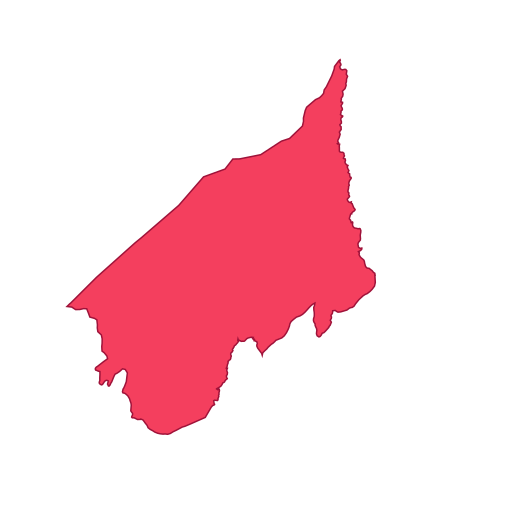 the district of Santa María Tepantlali, Oaxaca, Mexico, rotated 221°
{"feature_id": "50627088B72536990045476", "entity_name": "Santa María Tepantlali", "entity_type": "district", "adm_level": 2, "iso_a3": "MEX", "parent_name": "Mexico", "parent_adm1": "Oaxaca", "projection": "equal_earth", "projection_center": [-96.004, 16.943], "detail": "fine", "context": "isolated", "style": "filled", "palette": "rose", "viewbox_px": 512, "rotation_deg": 221, "n_neighbors": 0, "source": "geoboundaries", "source_scale": "gbopen_adm2", "svg_char_len": 6069}
<svg xmlns="http://www.w3.org/2000/svg" viewBox="0 0 512 512"><g transform="rotate(221 256 256)"><path d="M186.2,185.2L187.4,187.4L187.2,190.6L186.9,193.0L187.0,195.0L186.5,199.6L186.0,201.0L185.7,203.7L185.7,205.4L182.8,211.1L182.3,214.3L182.7,218.2L183.8,222.4L184.9,225.2L186.0,227.1L186.5,229.6L186.1,232.7L185.4,236.4L183.5,239.7L182.6,242.5L182.2,245.5L182.1,248.7L182.1,252.1L181.9,254.9L181.5,256.9L180.7,259.1L179.4,257.1L178.7,255.1L176.9,253.2L175.1,251.7L173.7,250.2L172.4,248.6L171.3,246.2L170.1,244.8L168.6,244.0L167.0,243.6L165.8,242.4L164.5,241.7L162.8,241.0L161.3,239.8L160.4,238.4L159.3,236.9L157.5,235.9L155.4,236.2L154.8,237.4L154.9,239.4L155.4,241.1L154.5,242.6L154.3,244.5L154.2,249.9L154.6,250.7L154.6,252.4L155.7,255.5L157.8,256.2L158.2,258.3L159.0,259.5L160.0,259.9L160.5,260.6L160.7,262.8L161.5,264.1L162.2,265.0L160.5,266.9L158.9,267.0L157.3,267.4L155.4,269.4L151.9,274.9L151.3,277.9L150.5,279.3L149.6,280.4L149.1,282.5L149.5,285.0L149.7,290.6L149.1,296.1L148.4,298.6L147.4,300.6L146.7,304.0L146.5,307.1L146.8,311.0L148.6,314.3L153.8,319.6L153.6,319.7L155.0,320.9L156.6,320.7L158.6,321.1L162.6,320.9L164.1,319.8L166.3,319.9L169.1,321.7L170.8,323.1L172.1,323.7L175.7,323.6L177.0,323.8L179.1,324.6L179.8,325.8L180.5,326.4L181.3,326.4L181.6,326.5L181.1,327.5L180.6,329.1L180.8,330.1L180.7,330.8L181.4,331.4L181.9,330.5L183.0,330.0L184.3,329.8L187.0,331.9L187.6,333.6L187.7,336.5L188.0,336.8L188.4,337.5L191.0,340.1L192.6,342.8L193.7,344.1L195.4,344.9L196.0,344.6L196.8,343.5L198.0,343.0L200.2,341.7L202.2,341.9L203.7,342.9L204.9,344.7L205.5,345.0L205.7,344.7L205.6,344.1L205.7,343.8L206.0,343.6L207.7,344.8L208.3,345.1L209.6,345.1L210.2,345.6L210.9,347.1L212.1,349.8L211.7,350.2L211.4,350.7L211.9,351.1L212.0,352.4L211.5,354.0L211.4,355.3L211.7,356.1L212.8,356.4L213.8,356.5L217.9,358.6L218.5,358.3L219.1,358.4L219.6,359.3L220.3,358.1L220.9,357.6L222.4,357.7L223.9,358.3L224.4,358.8L224.4,362.2L225.2,362.8L226.1,362.9L226.7,363.7L227.2,364.5L228.1,364.8L228.6,364.7L229.3,365.4L230.8,368.2L231.7,369.0L231.9,370.3L232.3,370.8L233.2,371.2L234.1,372.4L234.8,374.1L235.1,377.0L235.8,377.7L236.8,377.3L238.3,378.4L239.3,379.5L240.5,379.3L241.3,379.4L241.9,381.4L243.9,382.1L245.6,383.1L246.0,384.7L247.6,384.2L249.6,384.7L250.6,385.3L251.0,386.6L252.3,387.8L253.5,387.1L254.2,387.1L254.6,388.2L254.9,389.6L255.8,390.0L257.0,391.2L258.6,391.2L259.7,390.2L260.6,389.7L261.8,389.8L264.0,392.3L265.3,393.6L266.2,395.2L267.9,394.1L268.3,394.1L267.9,395.6L269.6,396.2L270.1,397.0L271.0,400.1L272.4,403.1L274.4,404.2L274.7,407.3L276.6,409.4L278.0,409.5L278.9,410.1L278.7,412.3L280.0,413.7L281.3,414.3L282.2,415.8L282.6,416.9L282.0,417.5L282.3,418.5L285.0,418.1L286.1,420.3L286.7,420.9L287.0,421.7L286.7,422.6L287.1,423.5L288.1,424.2L289.2,424.5L290.4,425.3L290.9,428.1L291.5,428.8L293.1,428.0L294.4,430.3L295.1,430.9L295.4,433.5L296.5,435.3L298.9,437.1L298.6,440.7L299.9,443.9L301.5,445.2L302.0,446.7L303.8,449.0L304.8,451.7L307.1,452.4L309.0,455.4L310.7,455.7L311.8,454.8L312.9,453.1L314.9,452.6L317.0,453.7L317.2,455.7L317.7,456.4L319.0,457.0L320.1,457.1L320.8,459.0L321.3,459.3L321.6,457.8L321.1,450.6L319.6,448.3L317.0,441.6L313.9,429.9L313.5,426.1L311.7,423.1L311.6,420.0L311.9,417.1L313.7,413.0L315.4,401.5L314.3,398.1L310.7,391.2L308.5,388.8L306.2,384.5L307.8,366.7L312.2,359.3L318.9,335.6L323.5,329.6L332.1,318.5L337.1,314.0L336.4,301.3L347.5,281.3L347.5,243.5L354.5,194.7L355.9,186.5L362.4,135.1L365.0,98.8L365.2,97.8L365.5,93.9L361.5,96.6L357.0,97.2L353.9,100.0L351.6,103.2L349.1,105.1L344.5,102.7L341.3,100.9L336.9,103.0L334.2,103.4L330.5,100.0L328.6,97.6L325.7,95.1L321.0,95.0L317.8,92.6L314.9,89.2L313.0,86.5L309.8,83.2L307.1,83.4L302.9,82.7L300.6,81.1L301.8,76.0L303.3,68.3L303.6,67.6L303.6,66.2L303.2,65.3L302.2,64.7L301.3,65.1L300.4,65.3L299.3,65.7L298.0,66.4L296.1,64.3L293.9,61.5L292.2,59.6L291.5,57.9L290.8,57.2L290.0,57.0L288.5,57.2L287.9,57.5L287.6,58.3L287.6,58.9L287.9,61.1L287.9,63.1L287.1,64.3L285.6,64.8L284.7,63.6L284.6,62.9L284.0,61.9L283.0,61.5L282.3,61.1L281.6,61.3L281.5,62.9L282.1,64.7L282.3,66.3L284.2,71.8L284.7,73.7L284.8,74.7L284.1,76.0L283.2,79.4L282.7,83.3L280.2,84.6L276.4,83.4L273.9,79.7L271.4,76.0L269.8,71.7L269.2,69.7L269.0,68.3L267.7,65.9L266.6,65.4L265.4,66.1L264.3,66.4L261.1,66.4L257.8,65.3L256.6,64.5L253.8,62.9L252.3,61.6L248.9,57.0L248.0,56.7L246.0,56.3L245.1,55.3L244.7,54.4L244.6,53.6L244.1,52.8L243.4,52.7L242.7,53.1L241.9,53.9L238.1,54.9L235.5,57.4L235.6,57.5L233.9,58.1L231.8,57.7L230.3,57.3L227.0,56.7L224.8,55.6L222.2,55.7L219.2,56.4L216.9,56.7L214.0,57.7L211.6,59.0L209.3,60.6L207.8,62.1L205.7,63.5L204.2,65.9L203.3,68.9L201.9,72.1L199.4,78.6L197.9,80.9L195.2,86.4L188.4,100.9L190.6,112.5L190.6,114.8L190.3,115.2L189.8,116.4L190.0,117.0L190.8,117.1L193.0,119.1L192.7,120.0L190.3,121.6L190.3,122.4L190.6,122.9L191.0,123.1L192.0,125.7L192.6,126.0L192.9,126.4L193.0,127.1L194.4,128.7L194.7,129.5L195.3,130.5L196.4,131.4L196.8,131.1L196.9,130.3L197.3,129.9L198.6,129.8L198.6,130.2L198.0,131.6L197.1,134.6L197.3,136.7L197.8,138.2L197.2,139.9L197.2,140.7L197.5,141.5L197.6,142.2L197.2,144.4L197.3,144.7L198.1,144.9L199.0,145.4L199.9,146.5L199.8,147.0L199.9,147.6L201.0,149.3L202.4,150.0L203.4,150.9L203.7,151.8L203.7,152.2L203.9,152.5L204.4,151.9L204.8,151.8L205.3,153.6L206.3,155.3L206.6,156.2L206.9,157.0L207.8,157.9L208.0,158.3L207.8,158.8L207.9,159.8L207.5,160.8L207.7,161.9L208.3,162.6L208.9,164.1L209.5,164.6L210.1,164.8L210.8,165.4L211.2,166.0L211.3,166.5L211.0,167.4L211.2,167.9L211.3,169.4L212.5,170.0L212.7,170.4L212.6,171.4L212.9,172.1L212.9,173.0L213.3,173.6L213.4,174.0L213.0,175.6L213.1,177.3L213.0,178.3L213.2,179.8L213.3,180.1L214.5,180.4L215.2,181.6L214.3,181.1L213.3,181.4L212.6,181.4L212.2,181.8L211.3,181.8L210.8,182.2L210.4,182.7L209.1,183.8L208.9,184.2L208.8,184.7L208.7,187.6L208.1,189.1L206.3,191.6L204.7,192.7L204.6,192.1L204.6,191.6L203.9,191.6L203.5,191.3L203.0,191.4L203.0,192.0L202.2,191.9L201.9,191.6L201.8,190.9L201.0,191.3L199.0,191.8L197.4,190.6L197.1,189.5L196.2,188.5L194.3,187.6L187.8,186.2L186.2,185.2Z" fill="#f43f5e" stroke="#9f1239" stroke-width="1.5"/></g></svg>